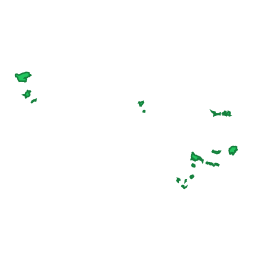 Ongjin-gun, Gyeonggi, South Korea, rotated 354°
{"feature_id": "91817680B43125449030549", "entity_name": "Ongjin-gun", "entity_type": "district", "adm_level": 2, "iso_a3": "KOR", "parent_name": "South Korea", "parent_adm1": "Gyeonggi", "projection": "robinson", "projection_center": [125.875, 37.5], "detail": "fine", "context": "isolated", "style": "filled", "palette": "green", "viewbox_px": 256, "rotation_deg": 354, "n_neighbors": 0, "source": "geoboundaries", "source_scale": "gbopen_adm2", "svg_char_len": 5939}
<svg xmlns="http://www.w3.org/2000/svg" viewBox="0 0 256 256"><g transform="rotate(354 128 128)"><path d="M35.3,64.1L35.3,62.8L34.8,62.6L33.0,62.1L31.8,62.1L30.9,62.5L29.0,62.6L25.1,64.0L24.6,63.8L23.2,62.8L22.0,62.9L21.7,63.5L21.8,65.2L22.5,65.3L23.4,66.1L23.6,67.7L24.7,70.2L26.3,70.2L28.9,70.6L29.7,70.5L30.1,71.2L30.7,71.2L31.4,71.0L31.5,70.3L32.0,69.0L31.8,68.3L31.5,68.0L30.9,67.6L30.2,67.6L30.5,67.2L31.8,67.0L32.6,67.3L33.1,67.2L33.5,67.0L34.0,66.3L34.7,66.1L35.3,66.4L35.6,66.1L35.4,65.6L35.6,65.3L36.5,65.5L36.9,65.3L36.6,64.9L35.8,64.6L35.3,64.1ZM231.1,157.7L230.7,157.3L229.1,157.6L228.7,157.8L228.3,158.5L227.9,158.7L226.8,159.1L226.9,160.1L226.2,160.6L226.6,164.4L227.3,164.6L227.8,163.7L228.3,163.3L229.1,163.3L229.7,163.8L228.9,164.6L229.6,165.6L230.6,164.7L230.9,164.2L231.0,163.7L232.4,162.9L232.3,162.5L231.7,162.1L231.8,161.8L232.7,161.8L232.9,161.1L233.5,161.0L233.9,161.4L234.3,160.9L233.6,159.7L234.0,158.2L233.3,157.7L231.1,157.7ZM190.4,159.8L189.9,159.1L189.4,159.2L189.5,159.6L189.1,160.6L188.7,161.0L188.7,161.6L188.2,162.7L188.4,164.0L187.5,165.9L188.2,165.9L188.8,164.8L189.4,164.7L189.7,165.4L189.3,166.0L189.9,166.0L190.3,165.8L190.8,165.9L191.1,166.5L191.1,167.0L190.4,167.1L191.3,167.7L191.8,167.2L194.0,167.0L194.4,166.5L194.0,166.1L194.3,165.6L194.7,165.6L195.1,166.0L195.6,165.2L196.3,164.8L195.4,163.7L194.0,163.7L193.9,163.1L193.2,162.5L191.9,162.3L191.5,162.0L191.2,161.1L190.6,161.2L190.4,159.8ZM32.4,80.9L32.1,80.3L31.8,80.5L32.0,81.2L31.7,81.4L30.3,82.0L29.4,83.8L28.8,84.4L27.9,84.0L27.3,84.1L27.9,84.5L28.1,84.7L28.4,84.7L28.9,85.2L29.6,85.0L29.9,85.7L29.3,86.7L29.5,87.3L30.1,87.0L29.8,86.6L30.1,86.2L30.9,86.0L32.0,86.3L32.5,86.1L32.9,85.9L33.6,85.1L33.8,84.1L33.7,83.8L33.2,83.5L33.0,82.7L34.2,81.8L34.7,81.8L34.8,81.6L34.0,81.1L34.1,80.9L32.4,80.9ZM213.5,160.7L210.4,159.7L210.2,159.2L209.9,159.4L209.9,160.2L209.3,160.5L209.6,160.9L210.1,160.7L211.2,161.6L212.3,162.0L213.5,162.7L214.3,162.7L215.8,162.4L216.5,161.9L217.4,160.7L215.8,160.4L215.5,161.4L214.2,160.8L213.5,160.7ZM231.1,124.0L231.1,123.0L230.6,122.9L230.3,122.4L229.8,122.1L229.4,122.0L229.4,122.5L228.9,123.0L226.7,124.5L226.3,125.5L226.8,125.6L227.1,125.8L227.2,126.0L228.3,125.2L230.0,126.0L230.1,126.5L230.9,126.3L230.5,126.1L230.8,125.1L230.5,124.8L230.4,124.5L230.5,124.2L230.9,124.2L231.1,124.0ZM214.7,120.8L213.2,120.3L212.7,119.9L212.9,120.4L213.5,121.2L213.8,121.3L214.4,122.0L214.8,122.2L215.0,122.6L215.1,123.1L214.7,124.8L215.6,124.4L215.6,124.0L216.0,123.7L216.1,124.2L216.4,124.4L217.6,124.0L218.2,123.9L218.8,124.1L219.4,123.9L220.9,124.4L221.2,122.8L219.4,123.4L218.7,123.3L217.8,123.2L216.6,122.8L216.0,121.1L215.1,121.2L214.7,120.8ZM144.8,103.3L144.1,103.7L143.7,103.7L142.7,103.9L141.9,103.3L141.5,103.5L141.6,104.0L141.4,104.2L141.9,104.3L142.5,105.5L142.4,105.7L142.1,105.9L142.3,106.7L142.3,107.2L143.3,107.4L143.3,107.1L144.4,106.1L145.2,105.3L145.6,104.7L145.9,104.5L146.0,104.4L145.7,103.7L145.8,103.3L145.1,103.5L144.8,103.3ZM187.6,181.8L187.2,181.7L186.4,182.0L185.7,182.0L184.8,182.9L184.8,183.1L185.7,182.9L186.1,183.0L186.2,183.3L186.0,183.8L185.4,183.4L185.2,184.3L185.5,184.7L185.9,184.8L186.3,184.6L186.9,184.1L187.7,183.6L188.0,183.2L188.2,182.8L187.6,182.2L187.6,181.8ZM189.8,171.6L189.8,171.2L188.6,170.5L188.0,171.1L188.3,171.4L187.7,171.7L187.6,172.1L187.7,172.3L188.6,173.2L190.1,173.6L190.2,173.3L190.4,173.1L190.0,172.7L190.1,172.3L190.5,172.2L190.6,171.9L190.7,171.4L190.4,171.8L189.9,171.8L189.8,171.6ZM208.1,172.3L207.4,171.6L206.8,171.5L206.6,171.5L206.6,171.9L205.8,172.1L205.5,172.6L205.9,173.1L206.6,172.9L208.3,173.5L209.1,174.7L209.6,174.7L209.7,174.4L210.2,174.1L209.0,173.7L208.6,173.2L208.5,172.3L208.1,172.3ZM39.2,90.8L39.5,89.9L38.3,90.3L37.2,90.3L36.0,91.0L35.5,91.1L35.2,91.9L34.7,92.3L35.0,92.7L35.8,92.2L36.2,91.7L37.5,91.1L38.9,91.5L39.2,91.3L39.2,90.8ZM198.4,167.7L198.1,166.6L197.5,166.2L197.4,165.6L197.0,165.1L196.9,165.4L196.1,166.3L196.1,166.7L196.4,167.3L197.1,167.6L197.9,167.3L198.0,167.6L198.1,168.4L198.6,169.8L198.7,169.6L198.6,169.1L199.1,168.2L199.3,168.0L199.3,167.7L198.4,167.7ZM211.8,172.7L211.3,172.4L210.8,172.5L210.8,172.8L211.3,173.3L211.2,173.7L211.4,173.8L212.1,173.8L212.4,174.0L212.7,174.5L213.4,174.6L213.7,174.3L214.0,174.2L214.1,174.6L214.5,174.1L213.2,173.0L212.8,172.8L212.5,172.9L212.1,172.6L211.8,172.7ZM226.8,122.0L226.0,121.5L225.8,121.6L225.6,122.3L225.7,122.7L225.3,123.1L225.3,123.6L225.0,124.1L225.0,124.7L224.7,124.9L226.0,125.0L226.1,124.7L226.4,123.9L226.8,122.3L227.6,121.9L227.0,121.9L226.8,122.0ZM177.2,191.2L176.6,190.9L176.0,190.9L175.7,191.0L175.4,191.5L176.3,192.4L177.2,192.8L177.2,193.6L177.7,193.9L178.8,193.2L179.8,192.8L180.0,192.4L179.5,192.7L179.2,192.7L178.5,193.1L177.9,192.9L177.2,192.6L176.9,192.1L177.4,191.5L177.2,191.2ZM172.5,183.7L172.2,183.5L172.3,183.9L172.0,184.1L172.1,184.4L172.0,184.7L171.7,185.0L171.2,185.2L171.5,185.9L171.8,185.6L172.0,186.1L172.0,186.4L171.8,186.4L171.7,186.5L171.9,186.7L172.4,187.1L172.5,186.8L172.2,186.1L172.3,185.9L172.6,186.0L172.4,185.8L172.6,185.6L172.4,185.1L172.5,185.0L172.5,184.5L172.9,184.5L172.9,184.8L173.3,184.7L173.4,185.0L173.9,185.2L173.9,184.8L174.1,184.8L174.1,184.5L173.7,184.1L173.1,184.0L173.0,183.6L172.5,183.7ZM202.5,171.0L202.6,170.5L202.2,170.8L202.2,171.3L202.6,171.3L203.0,171.8L203.2,171.6L203.6,171.9L204.2,171.6L204.5,171.9L205.0,172.0L205.0,171.7L205.2,171.4L206.1,171.2L204.9,170.9L203.6,170.8L203.5,171.1L203.2,171.4L202.9,171.4L202.5,171.0ZM146.4,112.5L145.8,112.3L145.3,112.5L144.9,112.9L144.9,113.1L145.0,113.2L144.9,113.4L144.7,113.6L144.8,114.0L144.9,113.6L145.3,113.7L145.5,113.5L146.1,113.9L146.3,113.8L146.3,113.2L146.4,112.5ZM223.9,124.4L224.6,124.0L224.7,123.8L224.6,123.1L224.3,122.7L223.4,123.2L223.2,123.7L223.9,124.4ZM179.2,187.6L179.9,187.0L180.2,186.9L180.0,186.5L180.4,185.6L179.8,185.6L179.7,185.8L179.8,186.3L179.5,186.4L179.5,187.0L179.3,187.2L179.2,187.6Z" fill="#22c55e" stroke="#15803d" stroke-width="1.5"/></g></svg>